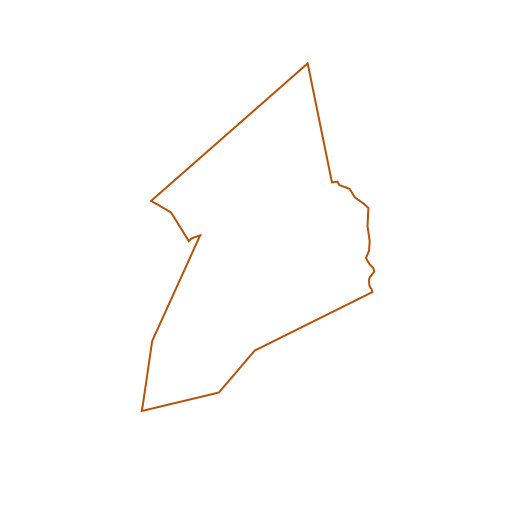 Morne Jacques, Choiseul, Saint Lucia (Natural Earth projection), rotated 31°
{"feature_id": "8701671B73612450286207", "entity_name": "Morne Jacques", "entity_type": "district", "adm_level": 2, "iso_a3": "LCA", "parent_name": "Saint Lucia", "parent_adm1": "Choiseul", "projection": "natural_earth1", "projection_center": [-61.029, 13.811], "detail": "fine", "context": "isolated", "style": "outline", "palette": "amber", "viewbox_px": 512, "rotation_deg": 31, "n_neighbors": 0, "source": "geoboundaries", "source_scale": "gbopen_adm2", "svg_char_len": 1004}
<svg xmlns="http://www.w3.org/2000/svg" viewBox="0 0 512 512"><g transform="rotate(31 256 256)"><path d="M364.3,207.3L362.6,205.8L357.5,204.5L351.3,201.2L350.2,193.2L345.7,184.6L336.1,172.8L327.6,156.9L320.9,155.6L310.7,154.9L301.7,150.3L290.9,152.3L287.6,150.3L283.2,153.8L201.1,64.3L137.7,262.8L153.3,262.5L160.7,262.4L190.8,277.8L191.4,275.3L191.8,274.1L194.4,270.7L197.5,267.1L210.8,382.4L235.4,441.2L236.9,445.2L237.9,447.7L294.5,392.1L303.6,337.7L374.3,227.0L374.0,226.6L373.7,226.3L373.4,226.1L373.1,225.8L372.9,225.6L372.5,225.3L372.2,225.0L371.9,224.8L371.5,224.7L371.2,224.6L370.8,224.4L370.4,224.2L370.1,224.1L369.7,223.9L369.3,223.6L368.8,223.2L368.5,222.8L368.2,222.5L368.0,222.3L367.7,221.9L367.3,221.5L367.1,221.1L366.9,220.7L366.6,220.4L366.4,220.0L366.1,219.6L365.8,219.3L365.7,219.0L365.5,218.7L365.2,218.3L365.0,217.9L364.9,217.4L364.8,217.0L364.7,216.6L364.6,216.1L364.5,215.7L364.4,215.1L364.9,213.7L365.4,208.4L364.3,207.3Z" fill="none" stroke="#b45309" stroke-width="2"/></g></svg>